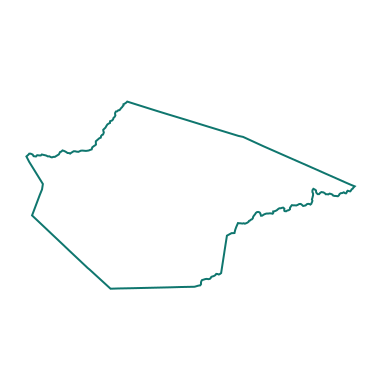 outline of Chapadinha, Maranhão, Brazil, rotated 86°
{"feature_id": "56859067B20875466335569", "entity_name": "Chapadinha", "entity_type": "district", "adm_level": 2, "iso_a3": "BRA", "parent_name": "Brazil", "parent_adm1": "Maranhão", "projection": "mercator", "projection_center": [-43.47, -3.772], "detail": "fine", "context": "isolated", "style": "outline", "palette": "teal", "viewbox_px": 384, "rotation_deg": 86, "n_neighbors": 0, "source": "geoboundaries", "source_scale": "gbopen_adm2", "svg_char_len": 3243}
<svg xmlns="http://www.w3.org/2000/svg" viewBox="0 0 384 384"><g transform="rotate(86 192 192)"><path d="M262.1,299.7L282.8,280.0L283.1,272.1L283.8,258.4L285.6,219.8L286.0,210.0L286.7,196.0L285.9,192.4L285.7,190.3L284.5,189.4L283.1,189.4L281.8,189.0L280.6,188.2L280.3,186.9L279.8,184.8L279.7,183.4L280.1,181.6L279.9,180.3L279.3,179.5L278.4,179.0L277.8,178.1L277.5,176.6L277.1,175.5L276.5,174.5L275.4,173.5L275.6,172.2L276.2,171.0L275.7,169.8L274.9,168.6L255.1,164.1L252.8,163.6L238.0,160.2L235.8,155.4L235.9,154.1L235.9,152.5L232.7,151.5L229.8,150.2L226.2,148.3L226.5,147.1L226.6,145.9L227.0,143.8L226.8,142.5L227.3,141.5L227.0,140.4L226.5,139.0L225.7,137.7L224.8,137.1L224.5,136.1L223.8,135.3L223.4,134.1L222.5,133.2L221.0,132.7L219.8,131.8L218.8,130.8L217.3,129.7L216.6,128.6L216.5,127.4L217.0,126.1L218.0,125.4L220.5,124.8L220.5,123.7L219.3,121.5L218.7,119.4L218.8,117.5L218.7,115.9L218.9,114.4L219.3,113.1L218.5,112.4L217.1,112.4L217.0,111.2L216.6,109.8L216.0,108.5L215.3,107.7L214.3,106.0L214.4,104.6L214.0,103.1L214.0,102.0L215.1,101.0L216.4,101.3L217.5,101.0L217.8,99.5L217.1,98.2L216.9,96.8L216.1,95.5L214.7,95.4L213.3,94.4L212.1,93.3L212.4,91.8L212.5,90.3L212.7,88.8L212.1,87.2L211.5,85.9L211.5,84.4L212.4,83.3L213.7,82.1L213.3,79.6L212.2,78.3L211.9,77.0L212.2,75.7L212.8,74.8L212.1,73.8L211.1,73.4L210.1,72.8L209.0,72.5L207.7,72.9L206.3,72.3L205.0,71.9L203.9,71.5L202.0,71.3L200.4,71.9L198.6,71.7L197.3,70.7L198.1,69.3L199.1,68.2L200.7,68.2L201.7,67.8L202.9,66.8L203.0,65.4L201.8,64.2L201.1,62.9L201.6,60.8L202.7,59.4L203.6,58.7L203.6,57.6L203.9,56.2L203.2,54.9L203.6,53.6L204.4,52.1L205.3,51.6L205.8,50.4L206.0,48.8L206.4,46.8L205.6,45.7L204.4,45.0L203.6,43.8L203.5,42.1L202.9,40.6L203.8,39.5L204.1,38.5L203.3,37.7L202.3,37.4L201.6,36.6L202.1,35.3L202.4,34.1L201.5,33.2L200.5,32.6L199.9,31.5L198.8,30.6L197.7,29.3L196.0,32.8L193.3,38.0L183.2,57.1L176.2,70.3L163.9,93.7L151.2,117.8L140.6,137.2L139.3,141.7L129.3,167.7L127.7,171.9L119.8,192.3L112.8,210.7L108.4,222.1L97.3,250.3L98.2,251.3L99.3,253.2L99.7,254.3L100.9,254.3L101.5,255.1L102.5,255.8L103.2,256.7L104.3,257.7L105.3,258.6L105.3,259.8L106.3,261.0L106.4,262.3L107.6,263.1L108.6,263.3L110.3,263.1L111.6,263.9L112.7,265.2L114.1,265.7L115.1,266.8L115.7,268.8L117.4,269.0L117.9,270.3L118.7,271.7L120.3,272.9L121.7,273.8L122.9,275.2L123.7,276.2L124.9,276.2L126.3,275.8L127.6,276.3L128.5,276.8L128.8,277.8L130.0,278.9L131.4,279.2L131.9,280.7L133.8,283.2L134.7,284.4L136.3,284.5L138.0,284.5L138.8,285.6L139.3,286.6L140.5,288.4L142.5,289.1L142.9,290.7L143.4,292.1L143.5,293.2L143.6,294.6L143.5,295.7L143.3,296.8L143.1,298.0L143.0,299.9L143.5,301.2L144.0,302.5L143.7,304.3L143.2,305.8L143.1,307.2L143.9,308.7L144.6,310.0L145.2,310.9L144.6,311.8L144.4,313.5L143.6,314.4L142.9,315.4L142.1,316.8L141.5,318.3L142.6,319.6L142.9,320.8L145.2,322.2L147.4,326.4L147.3,327.9L147.7,329.3L147.3,330.5L146.5,331.7L146.4,333.4L145.5,334.8L145.0,336.3L144.5,338.0L144.1,339.2L145.0,340.3L144.9,341.6L144.5,343.9L145.7,345.2L145.2,347.5L143.5,348.4L142.5,350.3L142.4,351.7L143.3,352.5L145.0,354.7L150.6,352.3L173.6,340.2L178.9,341.4L184.2,344.0L199.7,351.1L204.2,353.2L214.2,344.0L239.0,321.2L240.4,319.9L241.1,319.3L260.5,301.4L262.1,299.7Z" fill="none" stroke="#0f766e" stroke-width="2"/></g></svg>